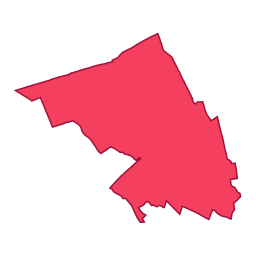 outline of Roma, Botosani, Romania
{"feature_id": "2599482B63715115104271", "entity_name": "Roma", "entity_type": "district", "adm_level": 2, "iso_a3": "ROU", "parent_name": "Romania", "parent_adm1": "Botosani", "projection": "mercator", "projection_center": [26.588, 47.842], "detail": "fine", "context": "isolated", "style": "filled", "palette": "rose", "viewbox_px": 256, "rotation_deg": 0, "n_neighbors": 0, "source": "geoboundaries", "source_scale": "gbopen_adm2", "svg_char_len": 5799}
<svg xmlns="http://www.w3.org/2000/svg" viewBox="0 0 256 256"><path d="M231.2,218.8L231.5,217.0L231.8,214.6L231.9,214.2L231.6,214.0L233.2,211.4L234.7,209.3L234.3,207.9L234.2,207.1L234.0,206.5L233.8,204.0L233.8,203.1L236.8,200.5L239.1,198.1L240.5,196.7L240.5,196.3L240.2,195.2L240.1,194.6L240.3,194.1L240.2,194.0L240.1,193.9L240.1,193.6L239.5,193.1L238.9,192.9L238.5,192.7L237.9,192.3L237.4,191.9L237.1,191.4L236.9,190.6L236.8,190.4L236.5,190.0L236.4,189.9L236.3,189.7L235.9,189.4L235.4,188.7L235.2,188.4L235.0,187.8L234.6,187.4L234.1,187.1L233.0,186.6L232.1,186.2L231.3,185.6L231.1,185.4L231.0,185.1L231.1,184.6L230.9,183.7L230.7,183.4L230.7,182.3L230.7,181.7L230.7,181.3L230.4,180.9L230.3,180.3L230.4,179.8L230.4,179.5L237.3,178.4L237.1,176.3L236.8,174.3L236.4,170.8L235.8,166.8L235.4,164.8L235.0,163.1L232.0,163.7L231.8,163.6L230.9,161.7L230.1,160.5L230.0,160.4L227.6,159.4L227.4,159.2L227.3,158.9L227.1,158.0L227.0,157.7L226.9,157.4L226.7,156.8L226.5,155.2L225.6,151.4L225.4,150.7L225.0,149.9L224.9,149.6L224.8,148.1L224.0,144.8L223.4,141.4L222.8,138.8L222.2,136.2L221.3,133.4L220.6,130.4L220.4,129.8L220.2,129.2L220.2,128.8L219.9,127.9L219.7,126.9L219.5,126.5L219.4,125.7L218.8,123.3L218.8,122.9L218.6,122.1L217.7,118.5L217.3,116.7L214.1,118.8L211.0,120.8L210.8,120.2L210.6,119.9L210.3,119.3L207.2,115.0L206.7,114.2L206.5,113.8L206.1,112.9L205.9,112.1L205.3,110.8L205.0,110.1L204.2,107.2L204.0,105.8L203.9,105.3L203.5,104.7L203.2,103.7L202.9,102.8L202.7,101.8L197.5,102.0L196.8,102.6L196.6,103.0L196.1,103.5L195.8,103.7L195.2,103.9L194.7,103.7L194.0,102.8L192.9,101.5L192.6,101.0L192.6,100.8L192.6,100.5L192.6,100.0L192.4,99.6L192.2,99.4L192.6,99.1L192.7,98.8L192.2,98.2L191.9,97.6L191.5,96.6L189.7,92.9L185.9,85.5L184.9,83.4L184.1,81.6L183.5,80.6L182.8,79.4L181.5,76.6L180.6,74.8L180.2,74.0L180.1,73.5L179.5,72.0L179.2,71.6L178.9,71.5L176.5,66.5L172.9,59.3L172.0,57.6L172.0,57.3L170.9,56.5L170.5,56.0L169.7,55.3L169.0,54.8L167.9,54.1L167.1,53.5L166.0,52.4L163.7,50.8L163.4,50.2L162.7,48.3L162.2,47.0L161.8,44.7L161.5,43.9L160.9,42.6L159.6,38.4L157.7,33.7L151.6,36.6L150.7,37.1L150.3,37.1L148.4,38.2L146.9,39.0L146.2,39.4L145.7,39.6L136.4,44.8L135.9,45.1L135.3,45.5L134.1,46.4L131.3,48.1L124.5,51.4L122.5,52.5L121.7,53.3L120.7,54.4L119.8,55.2L119.4,55.6L118.5,57.0L118.1,57.5L117.6,57.8L112.5,60.1L112.2,60.4L112.1,60.6L112.5,61.3L112.6,61.6L111.1,62.2L109.7,62.6L109.6,62.3L108.2,62.7L107.1,62.9L106.8,63.0L106.1,63.5L99.8,64.7L97.8,65.2L96.3,65.6L92.8,66.6L90.8,67.4L89.0,67.9L86.4,68.5L82.7,69.6L81.8,69.7L81.2,70.0L80.0,70.4L77.1,71.5L75.8,71.7L75.3,72.0L74.3,72.2L72.1,73.0L71.7,72.9L71.4,72.9L71.3,73.0L69.5,73.9L69.3,74.5L67.5,74.8L66.3,75.2L60.3,76.8L60.0,76.8L58.3,77.1L56.3,78.0L55.2,78.1L54.5,78.5L54.2,78.5L53.6,78.7L53.1,78.8L51.7,79.4L50.6,79.6L50.3,79.7L49.8,80.4L46.4,81.1L38.0,83.6L35.4,84.5L34.0,84.7L32.2,85.3L32.3,85.5L31.5,85.7L28.9,86.3L15.4,90.5L15.7,90.8L18.5,92.4L21.2,93.8L21.5,94.1L21.7,94.3L21.9,94.5L22.9,95.1L29.6,99.2L31.3,100.5L31.8,101.0L38.8,98.2L40.4,97.5L41.6,100.6L44.3,106.8L44.8,108.4L45.8,110.7L49.6,119.9L51.8,125.3L52.5,127.1L61.7,124.3L62.6,124.0L63.5,123.5L64.3,123.3L65.9,122.6L66.5,122.6L68.2,122.2L71.6,121.1L72.6,120.7L73.6,121.3L74.8,122.1L76.1,122.7L76.5,123.0L78.1,124.2L79.2,125.2L80.0,126.0L80.4,126.5L80.7,127.1L81.1,127.9L81.6,129.9L81.7,130.2L81.9,130.8L83.0,132.6L83.8,133.8L84.5,134.6L85.4,135.4L88.5,137.5L89.6,138.5L91.2,140.4L95.8,147.1L98.1,150.8L99.1,152.0L99.9,152.7L100.5,153.3L100.8,153.4L101.6,153.0L105.5,150.4L106.6,149.8L107.3,149.2L107.8,148.8L110.1,147.4L110.7,146.9L111.0,146.8L115.4,149.0L117.7,150.6L119.1,151.6L119.7,152.1L120.2,152.3L120.6,152.4L120.9,152.5L121.9,152.2L123.3,152.9L124.5,153.9L124.9,154.1L126.2,154.4L127.4,154.8L128.6,155.0L130.2,155.5L130.5,155.7L131.3,156.3L132.3,157.0L133.5,158.0L134.1,158.9L134.6,159.3L135.2,159.6L136.3,160.5L136.5,160.3L136.8,160.2L137.6,159.2L138.0,158.8L138.5,158.2L138.7,157.8L138.9,157.6L139.0,157.6L140.2,158.5L140.5,158.7L139.1,159.8L138.2,160.7L137.7,161.2L137.3,161.4L135.1,163.3L133.2,165.2L131.1,167.1L128.2,169.7L125.7,171.8L124.9,172.6L123.3,174.2L122.3,175.0L121.9,175.4L121.3,175.7L121.3,175.8L120.8,176.3L114.1,183.4L112.8,184.8L112.2,185.4L111.2,186.6L109.9,188.0L110.5,188.6L110.8,188.8L111.8,189.0L112.2,189.1L112.3,189.2L112.5,189.7L112.7,190.3L113.2,191.1L113.7,191.8L114.4,192.3L114.7,192.4L115.3,192.8L116.6,193.4L117.5,194.2L118.5,194.3L119.1,194.9L119.6,195.0L120.6,195.7L121.1,195.9L121.3,196.1L121.7,196.7L121.9,196.9L122.2,197.2L122.5,197.7L122.8,198.3L123.0,198.5L123.3,198.7L123.7,198.7L124.1,198.6L124.6,198.3L124.8,198.3L125.8,198.6L125.9,198.8L126.0,198.9L126.2,199.0L126.6,199.3L126.8,199.7L127.1,200.3L127.7,200.9L128.4,201.8L131.5,205.4L136.8,216.9L140.2,222.3L144.3,222.0L142.1,218.3L143.1,217.8L145.8,215.5L145.7,215.0L145.2,214.6L144.6,214.4L143.8,214.0L142.3,212.9L141.9,212.3L140.8,211.2L140.2,210.4L138.6,207.7L138.8,207.5L139.7,207.0L140.6,206.5L142.0,206.0L142.3,205.8L142.6,205.4L143.7,204.8L144.2,204.3L144.7,203.5L144.9,203.2L145.5,202.7L146.3,202.1L146.6,202.0L146.6,201.8L146.9,201.8L147.2,201.7L147.4,201.6L147.6,201.6L148.2,201.9L148.6,202.3L148.9,202.4L149.4,202.5L149.8,202.7L149.9,203.0L150.1,203.9L150.4,204.4L151.2,205.2L151.6,205.5L151.9,205.5L152.8,205.1L153.5,205.1L157.0,206.8L157.8,206.2L159.0,205.5L160.0,205.6L162.0,206.3L163.0,207.4L164.2,207.5L165.0,205.2L166.4,200.7L179.7,214.2L182.4,206.3L195.6,212.2L202.4,216.0L208.8,219.5L210.2,215.8L210.7,214.8L210.8,214.2L211.7,212.3L212.5,209.9L213.4,210.3L214.3,210.4L214.7,210.6L215.7,211.5L216.4,212.4L217.8,213.7L218.4,214.1L219.1,214.3L219.4,214.5L219.6,214.8L220.8,215.5L221.2,215.8L224.1,216.6L225.6,216.8L226.5,217.0L227.2,217.3L228.9,218.2L230.1,218.7L230.5,218.8L230.9,219.0L231.0,218.9L231.2,218.8Z" fill="#f43f5e" stroke="#9f1239" stroke-width="1.5"/></svg>